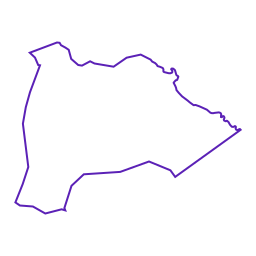 Burke, Georgia, United States of America (Robinson projection)
{"feature_id": "52423323B39009804461770", "entity_name": "Burke", "entity_type": "district", "adm_level": 2, "iso_a3": "USA", "parent_name": "United States of America", "parent_adm1": "Georgia", "projection": "robinson", "projection_center": [-81.796, 33.05], "detail": "fine", "context": "isolated", "style": "outline", "palette": "violet", "viewbox_px": 256, "rotation_deg": 0, "n_neighbors": 0, "source": "geoboundaries", "source_scale": "gbopen_adm2", "svg_char_len": 1649}
<svg xmlns="http://www.w3.org/2000/svg" viewBox="0 0 256 256"><path d="M15.4,202.4L19.9,205.5L32.9,206.5L45.3,213.5L61.6,209.3L65.3,210.4L64.4,208.0L71.5,185.8L83.8,174.3L120.2,171.9L149.0,161.5L170.4,170.3L175.2,176.9L240.6,129.8L240.1,129.2L239.4,129.1L237.9,129.9L237.4,130.1L236.4,129.8L236.0,129.4L235.8,129.0L235.6,128.4L235.8,127.5L235.9,127.1L235.8,126.7L235.4,126.3L235.2,126.2L234.9,126.2L234.6,126.2L234.2,126.5L233.6,126.8L233.0,126.9L231.8,126.7L230.2,125.0L229.4,123.7L228.6,122.2L227.2,120.9L226.6,120.8L226.0,121.2L225.5,121.2L224.1,120.5L223.9,120.0L223.8,119.4L224.1,118.8L224.4,118.0L224.4,117.3L223.8,116.3L223.4,116.1L222.9,116.1L221.9,117.1L221.3,117.1L221.0,117.0L221.0,116.7L221.0,116.0L221.1,115.3L221.2,114.3L220.8,113.3L220.2,112.9L219.7,112.6L218.7,112.4L214.5,112.9L213.1,113.2L211.6,113.1L210.4,112.7L206.9,109.7L199.6,106.4L195.7,105.0L194.9,105.0L193.9,105.2L193.5,105.1L189.8,102.4L187.7,100.6L182.1,96.4L178.8,92.9L176.5,90.1L176.1,88.0L175.4,86.2L173.7,82.9L173.7,82.6L175.7,80.3L176.5,80.2L177.2,79.8L178.3,76.8L178.2,76.7L177.9,76.0L176.9,75.5L176.3,74.8L175.1,70.6L174.8,70.0L173.3,68.7L172.0,68.5L171.5,68.7L171.2,69.2L172.3,70.9L172.3,72.1L171.9,72.7L170.2,73.3L168.6,73.2L164.2,72.1L163.6,71.7L163.4,71.3L163.4,69.3L162.9,68.2L162.3,67.8L160.0,66.8L157.6,66.1L156.6,64.5L156.5,64.4L155.0,63.0L152.2,61.6L150.6,59.6L140.7,54.6L126.6,57.7L113.6,66.7L94.5,63.5L90.1,61.3L82.0,65.6L78.2,65.0L71.2,58.9L68.7,49.8L65.4,47.6L61.0,45.2L59.6,42.8L57.0,42.5L29.8,52.7L35.0,57.6L38.2,65.0L40.0,65.3L30.0,92.2L25.8,107.2L22.9,123.7L28.3,167.0L22.7,184.1L15.4,202.4Z" fill="none" stroke="#5b21b6" stroke-width="2"/></svg>